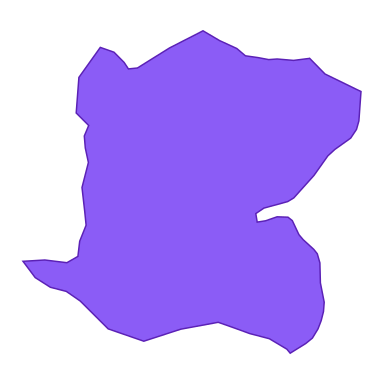 SVG path tracing the border of Centre
{"feature_id": "HTI-1385", "entity_name": "Centre", "entity_type": "Department", "adm_level": 1, "iso_a3": "HTI", "parent_name": "Haiti", "parent_adm1": "", "projection": "albers", "projection_center": [-71.937, 19.008], "detail": "fine", "context": "isolated", "style": "filled", "palette": "violet", "viewbox_px": 384, "rotation_deg": 0, "n_neighbors": 0, "source": "natural_earth", "source_scale": "10m", "svg_char_len": 993}
<svg xmlns="http://www.w3.org/2000/svg" viewBox="0 0 384 384"><path d="M309.6,58.3L325.0,74.0L355.1,88.7L361.0,91.5L358.9,120.9L356.5,129.4L350.7,138.1L334.9,149.4L327.9,155.8L314.0,175.4L293.8,197.9L287.7,201.6L263.9,208.1L255.8,213.6L257.2,222.1L265.5,220.8L277.1,216.8L288.0,217.2L292.3,220.6L298.9,234.6L303.1,239.6L313.8,249.4L317.3,253.8L319.9,262.9L320.4,282.9L324.2,302.2L323.5,311.5L321.2,320.6L318.0,328.9L312.4,338.1L305.9,343.4L293.4,351.2L290.2,353.2L286.9,349.2L269.3,338.7L249.8,333.6L234.1,327.9L218.2,322.3L180.7,329.2L143.8,341.2L108.2,328.9L80.2,301.0L66.3,291.4L50.4,287.3L35.2,277.6L23.0,261.3L44.8,260.0L66.9,262.7L77.9,256.4L79.7,241.2L86.1,225.2L84.8,212.2L82.0,187.5L88.4,162.5L85.3,148.0L84.3,136.0L88.7,125.5L76.2,113.0L78.9,77.4L100.3,47.4L114.0,52.2L124.1,62.4L128.4,68.9L137.4,68.0L169.6,47.9L203.0,30.8L219.6,40.6L236.8,48.5L245.4,55.8L258.1,57.6L268.7,59.6L277.2,59.0L293.6,60.4L309.4,58.4L309.6,58.3Z" fill="#8b5cf6" stroke="#5b21b6" stroke-width="1.5"/></svg>